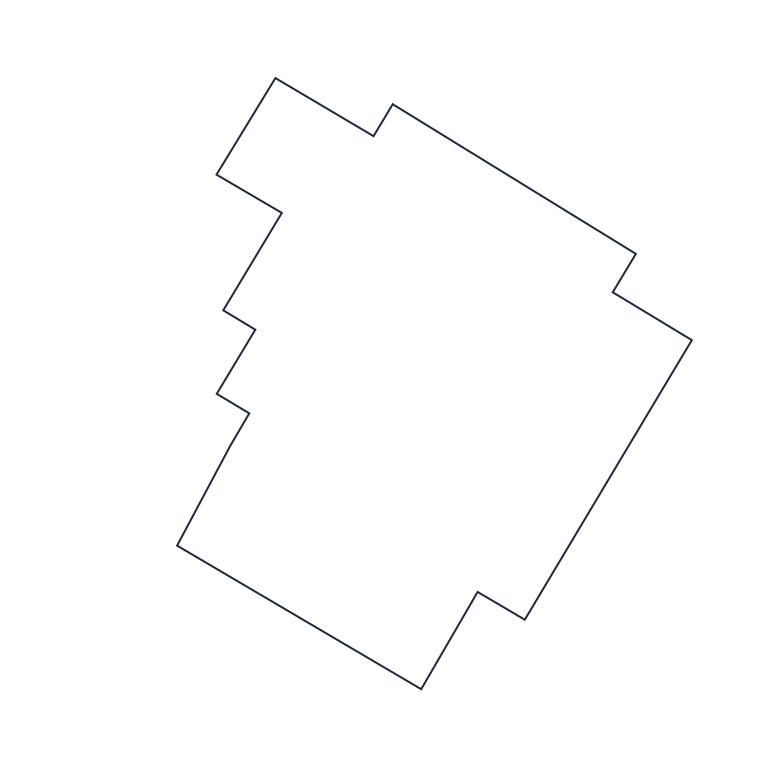 Guernsey, Ohio, United States of America (orthographic projection), rotated 119°
{"feature_id": "52423323B21597350777733", "entity_name": "Guernsey", "entity_type": "district", "adm_level": 2, "iso_a3": "USA", "parent_name": "United States of America", "parent_adm1": "Ohio", "projection": "orthographic", "projection_center": [-81.499, 40.031], "detail": "fine", "context": "isolated", "style": "outline", "palette": "slate", "viewbox_px": 768, "rotation_deg": 119, "n_neighbors": 0, "source": "geoboundaries", "source_scale": "gbopen_adm2", "svg_char_len": 394}
<svg xmlns="http://www.w3.org/2000/svg" viewBox="0 0 768 768"><g transform="rotate(119 384 384)"><path d="M521.9,146.6L240.7,137.5L196.4,136.0L192.9,228.4L148.1,226.8L135.1,512.0L172.3,513.3L169.1,627.3L282.1,632.0L283.9,556.3L397.5,560.3L398.9,522.9L473.7,525.5L475.0,487.6L512.8,488.5L625.7,486.6L632.9,203.5L520.5,201.3L521.9,146.6Z" fill="none" stroke="#1e293b" stroke-width="2"/></g></svg>